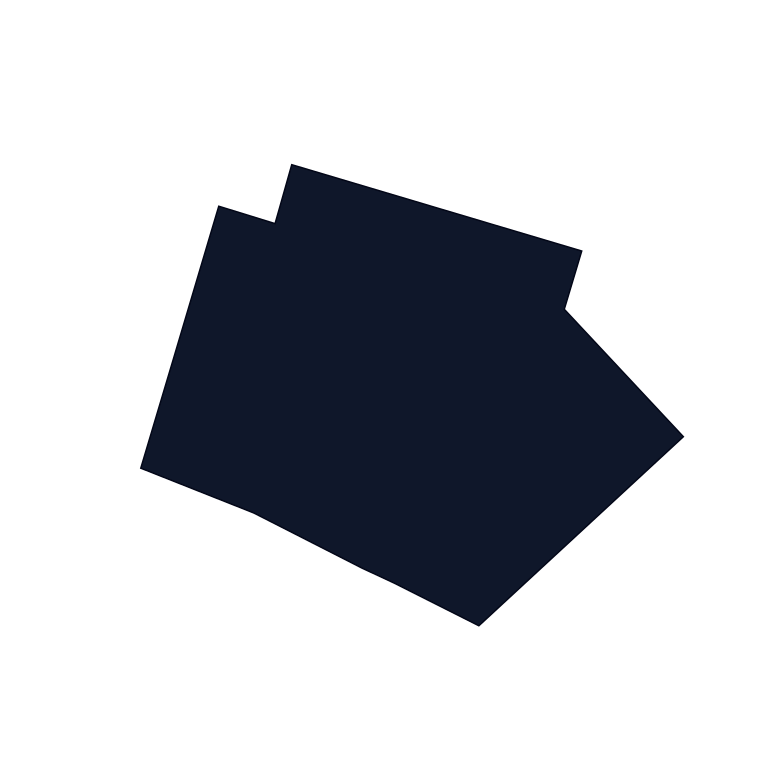 Erath, Texas, United States of America, rotated 137°
{"feature_id": "52423323B59070350705897", "entity_name": "Erath", "entity_type": "district", "adm_level": 2, "iso_a3": "USA", "parent_name": "United States of America", "parent_adm1": "Texas", "projection": "robinson", "projection_center": [-98.148, 32.215], "detail": "fine", "context": "isolated", "style": "filled", "palette": "ink", "viewbox_px": 768, "rotation_deg": 137, "n_neighbors": 0, "source": "geoboundaries", "source_scale": "gbopen_adm2", "svg_char_len": 363}
<svg xmlns="http://www.w3.org/2000/svg" viewBox="0 0 768 768"><g transform="rotate(137 384 384)"><path d="M522.9,544.8L619.3,488.3L567.3,378.7L563.8,369.2L560.6,360.4L525.6,264.2L512.4,231.6L479.5,142.5L201.0,141.3L201.2,315.7L148.7,346.4L301.9,607.3L340.5,583.9L354.3,575.6L383.6,626.7L522.9,544.8Z" fill="#0f172a" stroke="#020617" stroke-width="1.5"/></g></svg>